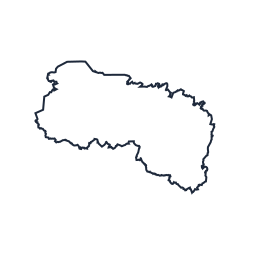 Claremorris Lea-6, Mayo, Ireland (Mercator projection), rotated 64°
{"feature_id": "5873133B40533987579120", "entity_name": "Claremorris Lea-6", "entity_type": "district", "adm_level": 2, "iso_a3": "IRL", "parent_name": "Ireland", "parent_adm1": "Mayo", "projection": "mercator", "projection_center": [-9.004, 53.656], "detail": "fine", "context": "isolated", "style": "outline", "palette": "slate", "viewbox_px": 256, "rotation_deg": 64, "n_neighbors": 0, "source": "geoboundaries", "source_scale": "gbopen_adm2", "svg_char_len": 5832}
<svg xmlns="http://www.w3.org/2000/svg" viewBox="0 0 256 256"><g transform="rotate(64 128 128)"><path d="M180.7,124.5L180.6,124.1L181.2,123.5L181.9,123.6L182.3,122.8L183.1,122.5L183.4,121.4L184.9,120.2L184.9,119.3L185.2,119.0L185.0,118.4L186.2,117.2L186.2,116.8L186.6,116.4L186.6,115.3L187.0,115.0L187.2,113.7L188.1,112.7L188.1,112.0L188.5,111.9L188.9,110.9L190.2,111.1L190.5,112.5L191.8,113.0L192.1,113.9L192.6,114.0L192.9,114.4L194.0,113.5L195.2,113.8L197.2,113.2L197.9,112.3L196.8,110.5L197.6,110.2L198.0,108.9L199.5,108.9L200.5,107.7L201.1,107.8L205.0,106.4L205.1,105.5L205.7,104.9L206.6,104.5L207.2,104.9L208.1,103.9L209.1,103.9L209.3,103.1L208.9,103.0L208.6,99.3L208.7,98.5L209.9,99.0L210.5,98.4L214.2,98.8L213.7,97.8L214.0,97.5L213.3,95.9L212.3,94.5L213.4,93.5L213.8,92.0L211.8,92.0L211.2,90.3L210.4,89.6L210.9,89.1L210.3,88.6L210.4,88.3L211.6,86.7L210.4,85.4L210.5,84.1L210.0,82.6L210.2,81.4L206.5,79.1L204.7,79.3L203.2,78.3L201.9,78.3L201.6,78.1L201.9,77.5L200.7,76.8L200.6,76.1L200.8,75.6L199.8,74.7L198.3,74.4L197.3,74.8L196.0,76.4L196.7,76.9L196.9,77.6L196.7,77.7L197.2,78.7L196.1,78.9L194.5,78.3L194.3,76.6L193.8,75.8L192.4,75.9L191.2,75.4L190.3,74.4L189.1,74.0L187.2,69.5L187.4,69.0L187.3,68.4L185.5,67.5L185.4,67.0L184.8,66.5L181.8,65.4L180.2,64.5L177.0,59.9L175.4,58.6L175.1,57.9L172.5,56.7L172.6,55.9L171.9,55.2L170.7,56.0L169.1,54.9L168.1,54.7L167.9,53.5L166.0,51.6L165.1,50.2L164.4,49.8L163.8,50.0L162.4,48.8L162.1,49.1L161.8,50.8L160.6,52.3L156.8,48.7L153.1,47.7L152.0,48.3L151.8,48.7L152.0,50.0L151.6,49.8L151.1,48.9L149.2,49.6L147.3,49.5L146.5,50.2L145.7,52.1L144.9,52.5L143.3,52.6L143.0,53.2L143.0,53.7L142.2,54.0L141.9,53.5L141.0,53.3L140.8,52.8L141.2,52.7L140.6,52.3L140.4,51.8L140.6,51.5L139.8,51.2L140.0,51.0L139.3,50.2L139.7,49.7L139.4,49.3L139.5,48.7L139.2,48.1L138.8,48.1L138.4,48.7L137.1,48.7L136.8,49.7L136.8,50.2L137.1,50.5L137.0,51.4L136.7,51.7L137.0,52.3L137.7,52.2L138.4,53.6L136.0,54.9L136.0,55.8L136.4,56.3L136.9,57.8L136.7,58.6L135.6,59.2L134.8,58.4L135.0,58.1L134.6,57.2L132.9,57.1L132.4,56.5L129.2,55.3L128.9,56.7L128.5,57.3L127.3,57.5L126.5,58.4L125.7,58.6L126.0,60.0L125.5,60.9L124.2,60.9L124.3,62.2L123.4,62.4L121.9,63.8L121.1,63.4L119.3,61.6L117.7,62.6L116.9,63.6L116.4,63.6L116.6,66.1L115.9,66.7L116.4,67.9L116.2,68.0L116.5,69.6L116.2,71.9L119.6,75.5L118.3,76.4L117.6,77.3L117.0,75.8L116.0,75.3L116.1,75.0L115.1,74.0L113.9,74.7L110.9,75.3L110.7,77.2L110.4,77.3L107.7,74.3L105.7,73.4L104.7,73.6L104.4,74.5L104.5,75.4L104.3,76.2L104.8,76.8L104.9,77.8L104.0,78.1L105.2,79.8L105.1,80.4L104.5,80.6L105.0,81.8L105.0,82.4L104.5,82.5L104.7,82.8L103.4,82.8L103.1,81.2L102.7,80.8L101.8,81.4L101.6,81.0L100.8,81.7L100.9,82.7L100.5,83.5L101.2,83.9L101.5,84.6L102.2,85.2L101.9,87.6L101.2,88.1L100.1,87.5L99.1,87.8L99.4,88.6L99.4,90.5L99.1,91.3L99.4,92.9L97.9,95.2L96.2,99.0L95.7,97.0L94.9,95.7L93.6,96.2L92.4,97.2L92.5,100.0L91.9,100.7L91.8,101.3L90.7,102.2L90.6,102.7L90.4,102.6L90.4,103.7L90.2,103.9L88.3,104.0L88.7,106.2L89.1,106.8L88.5,107.9L88.8,108.5L88.4,109.3L87.9,109.5L86.6,108.6L86.8,107.8L86.3,107.6L85.9,107.9L85.2,105.9L84.8,105.6L84.9,105.0L84.4,103.8L81.5,104.4L80.7,105.7L80.0,105.9L79.5,107.0L78.8,107.5L69.8,126.1L67.2,126.7L66.8,128.0L66.0,128.8L65.6,130.4L64.2,131.8L62.8,132.5L63.3,132.8L62.3,133.8L61.5,134.6L49.7,137.2L47.7,140.8L41.8,153.7L42.1,164.2L43.2,166.7L46.0,168.6L45.7,170.1L44.5,171.9L44.0,173.6L44.2,174.4L44.1,175.8L44.4,176.2L45.0,176.1L44.8,176.4L46.9,178.1L47.9,178.2L47.9,178.8L51.0,178.6L51.6,177.6L52.3,177.6L52.8,177.0L52.0,176.3L52.5,174.4L52.8,174.5L52.9,174.1L53.3,174.0L54.0,174.1L55.0,172.1L56.1,172.4L56.9,172.1L56.8,174.7L56.6,175.1L55.9,175.0L56.0,176.4L58.8,176.8L60.7,176.2L61.8,175.3L61.9,177.8L60.8,177.5L60.8,178.4L60.5,178.5L60.9,179.6L62.2,181.3L61.5,182.5L63.2,185.1L63.1,189.5L74.4,196.3L74.1,204.7L80.3,205.4L81.2,206.8L80.7,207.6L81.1,208.1L82.3,208.0L82.6,207.3L83.2,206.8L84.0,207.4L85.6,206.6L86.2,206.8L86.6,207.7L88.2,208.3L88.6,207.8L90.0,207.4L89.9,206.3L90.7,205.9L91.4,204.9L93.4,204.6L94.3,203.6L95.1,203.6L95.4,204.1L96.3,204.5L97.3,204.3L98.5,205.5L100.2,205.9L101.7,203.7L103.0,203.9L103.5,202.8L103.4,202.2L104.1,201.5L104.5,200.3L104.9,199.9L105.2,198.6L107.1,198.2L107.8,199.4L109.5,198.8L109.6,197.3L110.3,196.5L110.3,195.7L110.6,195.2L110.4,191.8L110.9,190.8L111.0,189.6L111.4,189.1L111.9,189.2L114.1,186.9L115.7,186.5L115.9,186.1L116.5,186.1L116.8,185.6L117.2,185.7L117.6,185.1L118.5,185.2L120.1,184.1L120.9,182.1L121.0,180.7L122.4,180.3L124.0,180.4L124.1,180.1L124.3,180.3L124.6,180.0L124.7,180.4L125.3,180.6L125.9,180.0L125.8,179.7L126.3,179.2L125.4,178.4L125.7,178.0L125.6,177.5L126.2,176.6L126.8,176.4L126.8,175.9L127.5,175.8L127.5,175.1L128.6,173.8L127.7,173.5L127.2,171.2L126.6,171.0L126.0,170.0L124.7,169.7L124.4,169.4L125.1,168.2L124.3,167.5L124.4,166.6L123.7,163.0L123.2,162.8L124.4,161.1L125.0,160.7L125.9,160.8L127.6,161.7L127.7,161.1L129.1,161.2L133.3,159.6L132.8,156.6L131.9,154.6L131.1,154.1L131.1,153.5L133.3,153.2L134.8,151.8L135.2,151.7L135.5,151.8L136.4,153.5L137.0,154.0L137.7,151.3L138.6,151.4L139.1,150.7L140.2,150.5L140.2,149.7L140.1,148.5L139.4,147.1L138.9,146.8L139.1,145.9L138.6,145.5L138.1,144.6L140.6,142.2L141.6,141.7L141.8,140.8L141.7,139.8L142.0,138.1L141.5,136.2L142.4,134.2L141.6,134.3L140.5,133.1L142.5,128.6L143.6,129.2L144.6,129.2L146.8,128.5L148.4,127.0L148.9,125.9L149.9,125.8L150.0,126.2L150.9,126.3L151.2,127.0L154.4,129.5L156.6,132.3L157.5,132.6L157.8,133.6L160.5,134.4L161.1,133.0L161.2,132.1L162.1,131.5L161.7,130.7L160.8,129.9L161.0,129.7L163.0,130.0L165.3,129.9L166.0,129.3L167.0,129.4L167.7,128.6L168.8,128.8L169.2,128.1L169.6,128.1L170.7,129.0L171.6,129.0L172.7,129.6L173.7,129.9L175.7,129.7L176.1,128.9L176.9,128.3L176.9,127.7L177.3,127.8L177.7,127.1L178.7,126.6L179.9,125.2L180.2,125.3L180.2,125.0L180.7,124.5Z" fill="none" stroke="#1e293b" stroke-width="2"/></g></svg>